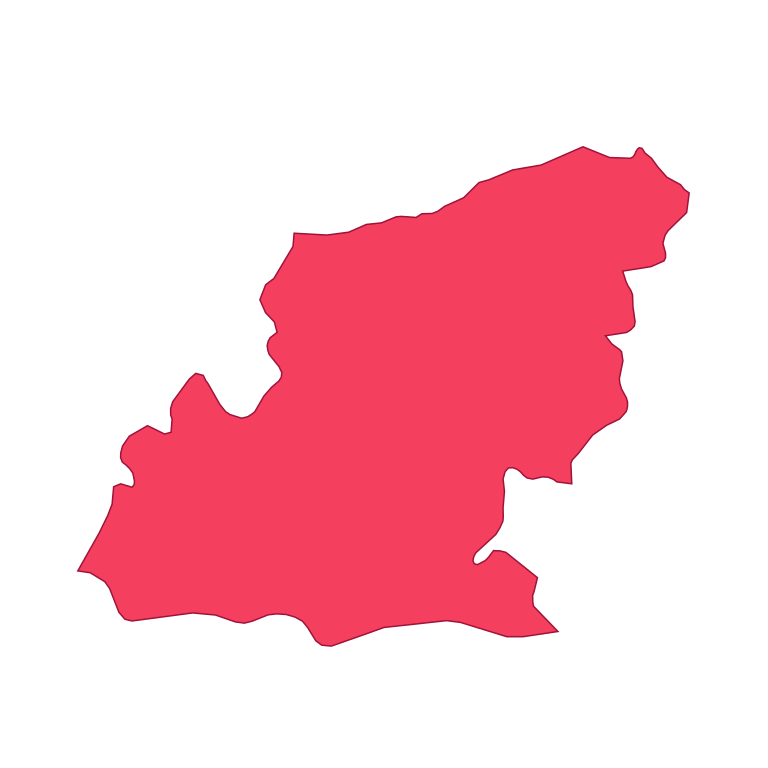 map outline of Viseu (Mercator projection), rotated 193°
{"feature_id": "PRT-755", "entity_name": "Viseu", "entity_type": "District", "adm_level": 1, "iso_a3": "PRT", "parent_name": "Portugal", "parent_adm1": "", "projection": "mercator", "projection_center": [-7.901, 40.768], "detail": "fine", "context": "isolated", "style": "filled", "palette": "rose", "viewbox_px": 768, "rotation_deg": 193, "n_neighbors": 0, "source": "natural_earth", "source_scale": "10m", "svg_char_len": 2461}
<svg xmlns="http://www.w3.org/2000/svg" viewBox="0 0 768 768"><g transform="rotate(193 384 384)"><path d="M496.2,121.0L518.9,117.9L576.3,96.4L583.5,96.5L590.9,101.9L605.4,123.1L611.6,128.6L627.9,134.0L640.3,133.0L628.0,174.8L623.6,193.7L621.9,205.8L624.3,223.1L618.1,227.5L606.3,226.7L604.8,229.7L605.3,233.3L608.7,240.7L612.9,244.4L617.4,247.2L621.4,249.0L624.1,253.0L625.0,257.9L624.8,264.8L620.4,275.9L605.1,290.2L586.6,285.9L580.6,289.1L582.6,302.2L584.9,305.9L586.4,312.2L585.9,319.2L574.8,345.0L569.8,352.0L562.0,351.7L558.5,347.3L555.7,344.9L539.3,327.1L532.1,321.4L527.2,319.6L515.1,318.6L509.5,321.4L505.7,325.2L503.6,328.0L498.2,345.5L492.7,355.7L487.1,363.3L485.6,367.5L486.2,372.2L490.2,377.3L502.5,387.0L504.9,391.0L506.5,395.2L506.4,399.9L505.3,403.5L499.8,410.3L504.8,419.8L515.5,426.9L523.9,438.2L521.6,454.1L515.0,462.1L503.6,497.6L505.5,510.7L473.1,516.3L452.5,524.0L437.1,535.5L422.8,540.4L409.8,549.6L404.8,551.2L390.2,553.5L385.4,558.4L375.4,561.0L370.3,564.5L364.9,570.8L348.3,583.4L336.7,601.7L328.0,606.4L306.7,621.6L280.3,632.6L243.5,659.9L215.2,655.4L194.6,659.4L192.5,661.3L191.3,664.0L190.9,667.1L189.8,669.9L188.5,671.6L185.5,671.6L181.7,667.8L174.0,664.0L166.3,657.3L154.9,649.1L139.9,644.9L135.2,641.1L129.6,638.8L127.7,619.1L141.6,597.5L143.6,592.1L143.9,583.8L139.1,574.8L138.1,570.6L138.8,567.0L150.1,558.5L176.8,547.7L171.1,538.0L168.0,534.1L164.7,530.9L161.9,526.8L158.8,515.3L153.4,501.3L153.1,496.8L155.9,492.1L159.2,488.8L179.1,480.8L170.9,474.2L162.2,470.5L159.8,468.9L156.4,460.3L155.9,442.3L154.4,437.8L151.4,432.5L144.7,425.0L142.6,421.1L141.7,417.0L141.6,414.1L141.9,411.4L146.5,403.0L157.8,393.9L169.2,381.2L179.1,359.9L183.4,352.5L184.1,348.8L178.6,329.0L193.5,327.5L197.4,329.2L203.1,330.1L208.9,329.1L217.6,324.8L223.3,324.6L227.4,326.4L231.2,329.1L235.3,330.9L239.7,331.4L243.9,330.2L246.3,325.7L246.6,318.2L242.5,306.6L240.1,290.0L237.9,281.4L237.3,277.1L238.8,269.6L241.2,262.6L256.6,240.1L257.5,236.8L257.6,235.9L257.7,234.3L257.4,231.5L255.7,229.2L252.3,229.0L245.8,234.6L244.5,236.4L243.2,238.7L239.8,246.3L233.3,247.5L227.4,247.4L190.9,229.8L191.1,215.7L191.6,211.4L190.0,205.1L188.3,201.1L158.9,182.0L191.5,169.1L207.5,165.4L256.0,168.9L269.8,167.5L329.2,146.8L350.6,133.1L376.3,116.8L385.9,115.5L392.6,118.4L403.9,129.8L410.0,134.5L418.3,136.9L427.6,137.4L436.8,135.9L445.0,133.0L459.0,123.3L466.2,119.6L474.6,118.8L475.8,118.8L496.2,121.0Z" fill="#f43f5e" stroke="#9f1239" stroke-width="1.5"/></g></svg>